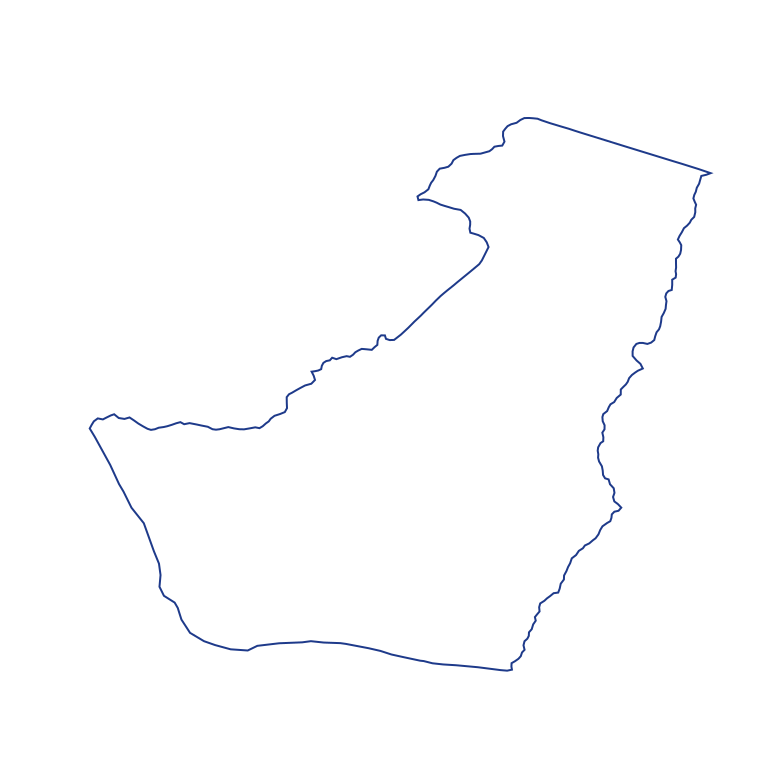 the district of Santa Fé do Araguaia, Tocantins, Brazil, rotated 281°
{"feature_id": "56859067B90506304051015", "entity_name": "Santa Fé do Araguaia", "entity_type": "district", "adm_level": 2, "iso_a3": "BRA", "parent_name": "Brazil", "parent_adm1": "Tocantins", "projection": "robinson", "projection_center": [-48.926, -7.045], "detail": "fine", "context": "isolated", "style": "outline", "palette": "blue", "viewbox_px": 768, "rotation_deg": 281, "n_neighbors": 0, "source": "geoboundaries", "source_scale": "gbopen_adm2", "svg_char_len": 4566}
<svg xmlns="http://www.w3.org/2000/svg" viewBox="0 0 768 768"><g transform="rotate(281 384 384)"><path d="M128.0,564.1L130.9,563.0L134.3,562.5L136.8,565.4L139.9,568.4L142.9,570.2L146.8,570.7L149.9,572.7L154.1,570.8L158.3,571.0L161.3,573.3L164.4,574.2L167.9,573.7L171.5,575.8L176.5,576.3L180.6,578.1L184.0,576.6L187.2,578.3L190.4,580.1L194.5,578.9L198.4,579.2L201.8,582.8L204.7,584.9L207.6,587.6L211.0,590.4L212.5,594.8L216.6,595.5L221.7,595.6L226.4,597.9L230.4,597.3L235.2,598.8L239.5,599.6L243.5,600.9L248.7,601.6L252.8,605.2L257.4,607.1L260.7,610.6L263.8,612.0L266.7,615.9L270.5,618.9L272.9,621.1L277.3,623.2L281.9,624.1L286.0,625.6L290.1,629.5L292.5,632.3L296.0,632.8L299.5,632.5L302.6,634.5L304.3,638.4L307.9,640.5L310.7,636.6L312.7,632.5L316.8,630.4L321.1,631.0L325.5,629.4L328.7,625.0L333.2,622.7L333.6,619.0L336.5,616.4L340.8,615.2L344.8,613.6L349.0,609.9L352.5,608.2L355.9,607.8L359.3,606.5L362.7,606.3L367.3,607.8L369.6,610.1L373.6,609.5L377.9,607.6L381.6,609.1L385.6,608.4L389.2,605.8L393.2,604.7L396.3,605.0L400.0,608.2L404.2,609.1L407.3,610.2L410.2,613.4L414.7,615.1L418.8,618.4L423.8,617.5L426.7,619.4L429.7,621.5L432.6,622.8L436.5,623.5L440.1,625.6L443.0,628.2L445.4,630.6L448.6,635.1L452.7,631.9L455.3,627.4L459.0,622.7L463.5,621.8L467.5,622.0L471.5,624.1L473.1,627.0L473.7,630.4L473.6,634.9L475.6,638.3L478.7,640.9L482.5,641.1L486.8,641.7L490.1,643.5L493.4,644.1L498.0,644.1L502.8,643.7L507.0,645.1L511.5,646.1L515.4,645.7L519.2,645.5L523.2,643.5L526.8,643.8L529.6,645.5L531.2,648.5L536.3,648.0L541.4,647.0L544.1,650.0L547.5,649.8L550.3,648.7L554.1,648.5L558.2,647.6L562.7,646.7L565.2,648.7L568.4,649.9L572.3,650.0L577.0,649.3L579.5,647.3L581.9,644.9L585.9,645.9L589.8,647.4L594.2,648.7L597.3,651.3L600.7,653.4L603.8,654.3L607.2,656.6L612.0,656.8L615.8,656.0L619.5,656.2L622.1,654.3L625.2,652.3L628.8,652.5L632.2,653.4L636.3,653.6L640.7,655.1L644.5,655.4L648.8,655.8L650.9,660.5L653.3,664.4L655.0,651.9L657.0,634.2L657.9,625.4L663.3,574.9L667.6,535.5L668.3,529.0L669.0,523.0L669.8,516.8L670.6,508.3L671.3,501.5L671.7,497.4L672.9,488.4L673.7,484.1L673.3,479.7L672.8,475.5L671.8,471.0L669.2,467.5L665.7,464.3L663.2,459.2L660.7,456.1L657.8,454.4L654.5,452.8L650.1,453.5L644.9,456.0L640.6,454.6L639.5,450.9L638.0,447.1L635.1,445.3L632.6,443.0L628.5,434.8L627.0,428.1L626.2,424.9L624.4,419.9L622.4,415.0L619.9,412.1L617.0,409.4L613.2,408.3L609.6,405.7L607.8,402.2L606.0,397.6L602.5,395.4L598.1,394.8L593.5,393.4L590.6,391.9L587.5,391.1L583.6,390.4L579.9,387.2L577.3,383.8L574.5,381.1L571.1,382.7L572.6,387.2L573.3,392.8L572.7,397.8L572.0,401.2L570.9,405.1L570.4,409.4L570.0,413.7L569.4,419.3L569.5,426.0L566.8,431.1L563.5,435.4L560.0,437.6L556.7,438.2L552.8,438.3L549.0,439.9L548.7,443.6L548.2,448.3L546.4,454.1L542.7,457.8L538.4,460.5L524.0,456.5L519.8,454.6L509.5,446.2L502.3,440.2L497.6,436.3L494.6,433.9L490.7,430.6L488.0,428.3L484.6,425.5L481.2,422.8L475.8,419.0L471.0,415.9L464.1,411.1L461.2,409.1L458.3,407.2L454.7,404.6L451.0,401.9L443.8,397.1L439.4,393.9L435.6,391.1L429.2,385.5L428.2,381.2L428.7,377.3L431.9,375.6L431.2,371.9L428.5,370.0L425.1,369.5L421.1,370.0L418.5,367.8L415.2,365.5L414.7,359.9L414.2,355.4L411.9,352.3L409.7,349.8L406.8,348.0L404.2,345.4L404.2,342.0L402.2,337.5L399.3,332.5L399.9,328.1L396.9,326.3L395.5,322.9L393.2,320.5L390.0,319.5L386.6,319.5L384.7,316.9L383.4,313.8L382.3,310.6L378.7,313.4L374.8,315.5L370.4,312.6L367.5,306.8L364.2,302.7L361.1,299.0L357.9,295.4L355.8,292.7L352.5,291.0L346.8,292.2L341.8,293.4L337.5,292.0L334.7,287.7L331.9,282.6L328.3,279.4L325.3,278.0L322.8,275.6L319.4,273.0L316.9,270.2L316.9,265.9L315.0,261.1L312.8,255.3L312.0,250.6L311.8,245.2L312.0,239.4L310.1,235.3L308.2,231.2L307.1,227.8L306.9,224.3L308.4,219.2L308.4,212.7L308.5,208.0L308.5,200.6L306.4,195.5L307.7,191.4L305.8,187.5L303.5,183.6L301.2,179.3L299.7,175.9L298.1,171.2L295.9,167.8L294.5,164.0L294.9,160.4L296.5,155.4L298.3,150.4L300.5,145.6L302.6,140.6L300.2,135.9L300.0,130.1L302.8,124.9L301.0,121.8L298.2,118.1L295.6,114.8L295.6,109.6L292.0,106.3L288.3,104.9L284.2,103.6L276.8,110.3L257.7,126.2L252.3,130.7L235.2,143.0L228.7,148.8L214.4,159.7L201.5,174.8L176.0,190.0L164.7,197.4L153.8,201.1L142.1,202.3L134.1,208.4L129.5,220.2L124.8,224.3L120.7,226.5L114.1,230.1L102.7,241.1L97.2,256.4L95.5,268.0L94.3,284.1L96.4,301.1L102.8,309.6L109.5,330.6L114.8,353.0L117.6,361.3L118.7,374.1L119.4,378.6L121.3,390.6L121.6,396.2L121.7,419.3L121.3,431.5L119.9,442.9L119.6,455.2L119.3,472.3L119.6,475.9L119.1,484.9L120.0,495.6L121.7,508.6L123.9,530.3L125.4,553.1L126.1,559.6L128.0,564.1Z" fill="none" stroke="#1e3a8a" stroke-width="2"/></g></svg>